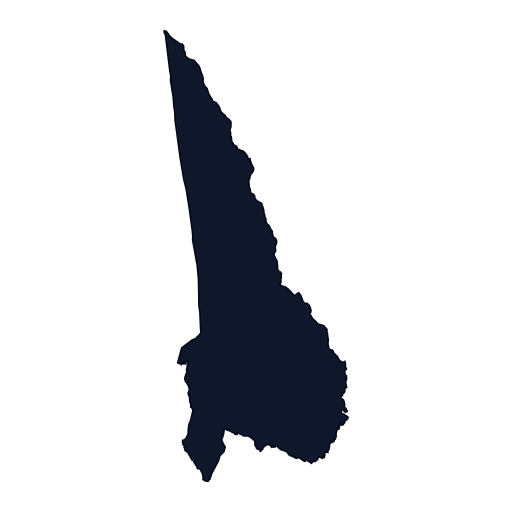 Banda, Brong Ahafo, Ghana (Equal Earth projection)
{"feature_id": "2480657B21856882152043", "entity_name": "Banda", "entity_type": "district", "adm_level": 2, "iso_a3": "GHA", "parent_name": "Ghana", "parent_adm1": "Brong Ahafo", "projection": "equal_earth", "projection_center": [-2.367, 8.353], "detail": "fine", "context": "isolated", "style": "filled", "palette": "ink", "viewbox_px": 512, "rotation_deg": 0, "n_neighbors": 0, "source": "geoboundaries", "source_scale": "gbopen_adm2", "svg_char_len": 6101}
<svg xmlns="http://www.w3.org/2000/svg" viewBox="0 0 512 512"><path d="M346.5,368.7L345.4,366.8L345.6,364.9L344.9,361.3L342.4,362.4L339.3,360.2L337.6,356.7L333.7,352.9L333.3,351.3L332.4,350.1L329.6,349.4L329.1,348.9L328.0,344.0L328.3,339.5L327.7,336.2L327.6,334.0L326.9,331.5L327.1,329.9L326.9,329.3L323.8,325.7L317.8,323.8L315.7,321.3L312.6,318.7L311.3,316.1L309.5,313.7L310.9,312.1L311.0,309.5L310.1,308.6L310.3,307.4L308.8,304.8L307.2,303.3L304.6,303.3L303.8,302.3L303.1,302.3L302.7,300.3L300.9,295.6L299.0,292.9L297.8,293.0L295.3,295.3L294.3,295.3L291.2,292.3L290.8,291.4L289.0,290.2L288.7,289.4L285.4,286.9L282.4,286.2L280.4,284.9L280.2,284.1L280.4,282.9L281.0,282.3L280.9,279.1L281.4,277.4L281.2,276.4L281.5,273.3L280.8,272.8L280.6,272.0L279.6,271.8L278.8,271.1L277.8,269.3L277.5,268.4L277.6,266.1L277.0,260.8L275.0,257.3L274.1,254.9L274.2,253.6L275.7,250.8L275.5,248.9L275.1,248.6L275.3,246.5L276.1,244.6L276.8,241.4L276.2,239.9L276.2,239.3L275.1,238.1L273.0,236.8L273.1,235.8L272.4,233.7L272.3,231.1L271.5,230.5L269.0,225.4L267.2,224.0L266.2,222.4L265.7,218.2L265.0,217.4L264.8,215.4L263.9,212.6L263.8,210.1L261.7,203.3L259.8,202.5L258.3,201.4L257.7,201.5L255.8,199.6L254.9,197.9L254.6,195.5L253.0,193.9L251.7,193.6L250.8,192.7L250.0,188.4L249.3,187.1L248.7,179.4L249.6,179.1L250.2,175.6L253.0,171.5L253.5,170.6L253.7,168.8L253.6,168.0L251.6,164.1L250.2,160.0L250.2,158.9L249.9,158.5L248.6,159.2L248.1,158.6L247.6,156.7L246.1,154.2L243.8,151.5L242.7,150.8L241.2,150.6L239.1,149.4L238.0,150.0L236.6,146.2L233.6,144.8L233.2,143.3L232.1,142.0L231.7,141.0L231.4,137.2L230.6,135.5L230.7,132.8L230.0,131.1L230.1,129.3L231.0,126.8L230.9,124.6L231.1,122.8L230.8,121.5L229.4,119.8L225.7,116.8L225.0,115.1L223.4,114.2L222.1,112.7L221.2,112.2L219.2,106.7L216.3,102.7L213.1,101.3L212.6,100.7L212.1,99.3L208.8,94.0L207.0,88.3L204.9,86.2L203.5,83.2L203.0,81.1L203.3,78.9L202.7,76.2L200.9,71.6L199.8,67.8L198.7,65.6L194.0,60.3L189.1,59.0L186.7,57.2L185.3,55.5L185.0,52.1L183.8,50.1L183.7,46.2L182.4,44.0L181.7,44.4L179.8,43.5L172.6,38.6L169.9,36.1L166.4,31.3L164.3,30.7L163.9,31.8L165.4,35.1L169.8,71.3L170.7,75.6L170.5,80.6L173.1,96.8L173.8,106.0L174.8,112.7L175.0,120.0L180.1,157.6L183.7,179.3L186.2,189.5L189.5,210.4L192.2,230.5L192.7,235.6L192.6,240.2L197.2,265.7L198.4,279.5L198.9,305.9L199.8,311.9L200.5,328.5L200.9,332.5L200.2,333.7L195.5,338.6L192.0,340.0L181.7,347.8L177.6,362.7L178.1,363.2L178.8,363.1L179.4,363.7L180.8,363.9L181.2,364.6L181.7,363.7L183.2,363.9L183.3,363.2L183.7,362.9L184.4,363.9L185.0,364.0L185.8,363.6L185.9,362.4L186.7,361.9L187.0,360.8L187.9,360.9L187.9,363.5L187.1,365.0L187.2,366.9L186.8,368.3L187.0,368.8L186.4,369.9L186.8,371.4L186.7,372.5L185.7,374.9L185.7,375.7L185.2,376.1L184.7,378.9L185.4,381.5L186.3,382.3L188.0,385.1L188.8,387.3L189.3,387.7L189.0,391.0L188.2,392.5L188.2,394.1L189.5,397.1L189.6,401.2L190.6,403.7L190.8,407.3L191.3,407.4L192.4,408.7L192.8,410.9L190.4,421.1L189.4,422.9L188.8,424.9L188.2,429.6L188.1,433.8L186.2,437.9L183.9,440.2L182.8,440.1L182.5,440.5L182.7,441.1L182.5,442.6L183.1,443.6L182.9,444.4L184.4,446.1L184.0,447.6L184.8,448.3L184.7,449.4L185.4,450.0L185.1,450.5L188.0,452.7L189.0,454.9L189.9,455.7L190.3,457.5L191.6,458.7L192.0,460.1L193.5,460.5L194.3,462.9L195.6,464.6L195.6,465.2L196.2,465.2L196.7,465.9L196.6,466.4L197.3,467.6L197.1,468.1L197.7,468.7L198.7,468.6L200.3,469.5L202.6,474.2L202.8,475.8L203.2,475.8L203.3,476.3L202.9,478.5L203.1,479.6L204.7,480.7L206.7,481.3L208.5,481.1L209.1,479.7L210.0,479.2L211.9,473.2L218.6,460.7L219.5,456.9L220.2,455.4L224.0,451.7L225.2,446.9L223.3,443.8L221.7,439.9L223.5,434.6L224.1,430.9L223.9,428.8L224.8,429.4L225.7,429.0L226.5,429.1L226.8,429.3L227.1,430.4L228.1,430.2L232.8,432.6L234.1,432.8L234.4,433.8L235.5,434.5L236.7,434.0L237.1,434.3L237.4,433.4L237.8,433.5L238.4,432.8L239.2,432.8L239.8,434.0L242.0,434.8L243.3,435.8L244.2,435.7L245.0,436.2L246.6,435.7L248.2,436.3L248.6,435.8L252.1,438.8L253.0,438.8L253.1,439.7L253.9,439.8L254.6,440.6L254.6,441.7L255.2,442.7L254.8,443.3L255.1,444.0L254.8,445.0L255.5,446.1L256.0,445.7L256.3,447.9L256.9,447.9L257.0,448.9L259.9,449.8L260.1,451.3L260.4,451.4L261.1,451.0L261.1,450.2L260.9,450.0L261.9,449.3L262.4,449.6L262.9,449.0L262.8,448.3L263.2,447.5L263.1,447.1L264.6,446.6L264.9,445.8L268.1,444.4L270.2,445.4L271.7,447.4L272.1,447.2L272.2,446.3L273.8,447.2L274.1,446.8L275.2,447.1L276.0,445.7L277.8,446.9L279.6,448.8L280.6,449.4L281.0,449.2L281.3,449.8L281.9,449.4L282.3,450.2L283.0,450.1L284.0,450.9L285.0,450.9L286.8,451.9L287.2,451.7L288.6,454.6L289.9,455.1L290.0,455.6L293.2,456.6L294.8,457.8L296.7,458.4L298.3,457.4L298.8,457.5L300.4,458.8L301.2,458.9L303.2,460.8L304.2,460.6L304.6,461.3L305.1,461.3L305.8,460.4L306.5,460.4L308.5,461.2L309.6,462.3L310.1,462.1L311.3,463.4L311.9,463.0L312.2,461.7L312.9,461.9L313.4,460.8L313.9,460.7L314.4,461.5L314.9,461.6L315.3,461.1L315.7,461.3L316.9,459.8L317.8,459.6L317.9,458.6L317.3,458.7L317.9,457.4L318.3,457.1L320.2,457.2L322.1,458.4L322.5,457.3L323.9,457.8L324.1,457.5L323.9,456.8L324.5,456.9L324.5,456.1L324.9,455.3L324.5,455.2L324.7,453.8L325.7,451.4L326.1,452.2L327.9,452.5L327.8,451.3L329.0,449.4L329.6,446.0L329.4,444.6L330.5,443.1L330.6,442.4L331.2,441.8L331.6,442.3L332.2,441.7L332.4,441.9L332.4,441.3L333.4,441.6L333.6,441.3L334.0,441.4L334.6,438.9L335.4,439.0L335.3,437.9L336.1,437.1L336.2,436.3L336.0,434.1L336.6,431.0L337.6,429.4L339.2,428.8L339.6,424.1L340.5,423.2L341.2,423.9L341.1,425.1L342.8,425.0L344.9,422.3L345.1,420.1L346.6,420.1L346.7,419.2L347.6,418.9L348.1,418.0L347.8,416.8L347.5,416.5L344.8,414.9L344.3,414.2L342.1,413.5L341.5,412.6L341.2,410.6L341.7,409.5L342.1,409.4L345.2,412.1L346.8,411.9L347.2,410.8L346.2,409.6L346.1,408.5L344.1,407.0L344.8,405.1L344.4,404.7L344.4,402.7L343.6,400.1L341.5,398.3L339.7,397.9L339.3,397.0L339.4,396.4L340.9,396.6L342.6,395.4L342.7,394.3L342.0,393.7L341.9,393.2L342.2,392.8L343.7,393.1L344.1,392.7L344.8,391.7L344.9,388.6L346.7,387.3L345.7,382.6L345.9,380.7L346.5,379.8L346.6,377.3L346.1,375.4L344.8,373.7L344.7,372.9L345.0,372.2L344.6,371.1L344.8,370.4L346.4,369.3L346.5,368.7Z" fill="#0f172a" stroke="#020617" stroke-width="1.5"/></svg>